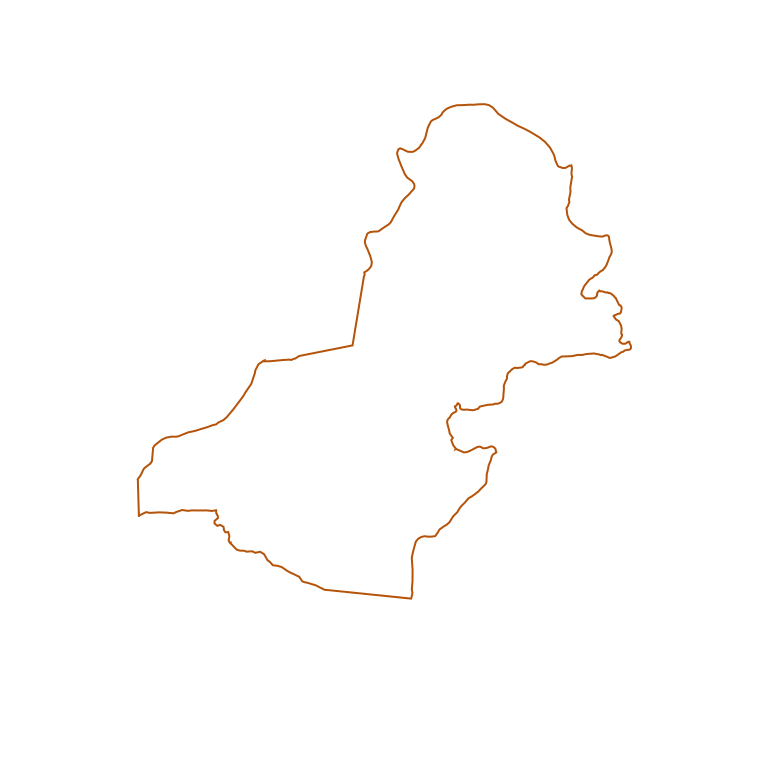 the district of Marigot, Anse-la-Raye, Saint Lucia, rotated 146°
{"feature_id": "8701671B85402755836861", "entity_name": "Marigot", "entity_type": "district", "adm_level": 2, "iso_a3": "LCA", "parent_name": "Saint Lucia", "parent_adm1": "Anse-la-Raye", "projection": "robinson", "projection_center": [-61.025, 13.962], "detail": "fine", "context": "isolated", "style": "outline", "palette": "amber", "viewbox_px": 768, "rotation_deg": 146, "n_neighbors": 0, "source": "geoboundaries", "source_scale": "gbopen_adm2", "svg_char_len": 6154}
<svg xmlns="http://www.w3.org/2000/svg" viewBox="0 0 768 768"><g transform="rotate(146 384 384)"><path d="M469.8,470.4L470.8,470.6L476.9,470.6L483.0,467.3L485.0,465.2L494.0,458.3L503.9,454.4L507.5,452.6L522.3,447.5L533.1,444.4L537.4,443.9L543.0,444.7L545.7,444.4L549.1,445.7L555.2,447.2L560.8,449.0L566.4,450.6L573.4,453.4L584.0,455.7L586.2,456.8L589.8,459.3L594.8,461.4L599.3,462.1L608.3,461.4L611.0,460.3L619.5,449.8L621.8,449.0L621.9,448.7L629.3,448.3L630.8,447.9L636.8,444.4L641.3,442.8L641.6,442.6L641.6,442.3L661.4,411.0L660.4,411.9L652.9,410.8L650.1,408.0L642.3,403.4L636.4,399.1L630.8,394.5L628.0,394.1L621.8,392.4L617.4,388.4L614.0,386.7L606.8,381.7L601.9,378.5L597.5,374.9L593.8,373.2L595.3,370.7L595.6,367.5L596.6,365.7L600.9,365.3L602.5,363.2L601.5,359.6L598.7,358.9L596.9,355.4L598.4,352.2L598.4,349.7L595.9,348.3L597.2,344.4L600.3,341.2L600.6,338.7L600.4,337.8L600.0,337.9L600.2,337.5L598.8,329.1L596.7,326.5L593.1,323.9L591.7,321.8L589.6,320.7L586.7,318.9L585.1,316.0L580.5,314.2L578.6,310.0L579.1,302.9L578.2,300.8L577.5,295.9L573.8,292.7L571.1,289.3L568.8,283.3L567.2,280.2L565.4,277.3L562.1,271.5L562.1,266.0L560.8,264.2L558.7,262.1L553.2,255.3L548.4,246.7L481.5,190.9L477.4,194.6L475.9,198.0L470.7,204.5L464.0,214.3L458.1,224.5L452.7,229.6L445.8,235.5L442.1,236.6L438.6,236.3L435.6,235.2L433.7,233.5L430.7,231.3L427.2,229.5L426.6,229.3L422.9,230.6L419.5,232.3L414.8,232.5L410.6,232.3L407.0,232.8L401.0,235.5L398.5,236.1L395.2,236.6L390.6,238.8L387.4,239.7L383.1,240.5L380.2,241.4L377.7,242.0L373.8,241.7L365.9,242.1L362.2,243.0L355.7,244.2L353.7,245.7L349.3,251.7L344.7,255.9L342.8,258.0L338.1,261.0L335.1,263.8L333.0,264.6L329.1,264.5L328.7,266.0L328.1,267.2L327.9,268.4L328.2,270.0L328.9,271.3L329.9,272.3L331.2,272.7L333.0,273.1L334.5,273.5L337.0,274.7L337.9,275.5L338.7,277.2L339.4,278.2L340.0,278.8L341.7,279.5L345.2,280.0L348.0,280.2L351.6,280.8L353.6,281.3L356.0,282.6L358.5,286.6L359.6,288.0L360.5,290.1L360.9,290.1L360.6,290.3L360.6,290.8L360.9,294.4L359.7,299.6L359.0,300.3L357.5,300.6L357.1,300.8L357.0,301.6L357.1,302.6L357.2,306.2L355.9,309.2L354.3,313.9L353.1,317.0L351.6,318.6L349.8,319.3L348.4,319.4L345.4,320.9L343.2,321.3L340.0,320.9L339.2,321.2L338.8,321.5L338.4,322.3L338.2,323.3L338.1,324.9L337.8,325.8L336.0,325.7L334.5,326.3L333.9,326.8L333.4,326.6L332.9,324.9L332.9,324.3L333.2,323.3L334.3,321.9L334.4,320.6L334.1,319.8L332.3,318.0L329.9,316.7L324.9,312.5L323.4,311.9L319.6,310.8L318.1,311.5L317.3,311.6L316.1,311.3L309.4,308.6L305.2,306.1L303.9,305.7L303.2,305.7L300.8,304.1L299.5,303.7L296.9,303.4L295.6,303.8L294.2,304.7L292.9,305.8L290.4,309.1L287.5,312.6L285.6,315.6L282.4,317.9L278.9,319.8L277.9,321.4L275.7,323.4L273.9,324.0L272.7,323.9L270.9,324.5L268.4,324.6L266.3,324.3L264.7,322.8L260.3,320.6L259.8,320.5L259.2,320.5L258.3,321.0L257.7,321.1L256.4,321.0L255.5,321.8L250.3,321.2L248.9,320.4L246.9,318.3L245.8,316.7L244.7,313.9L243.2,312.8L242.6,312.6L241.0,310.8L239.4,309.7L237.2,308.7L236.2,308.7L232.5,307.6L226.5,307.4L224.0,307.7L221.2,307.4L216.9,304.6L212.2,301.8L206.9,299.7L205.0,298.2L202.6,296.9L199.7,295.8L193.0,292.0L188.8,287.9L188.4,286.9L188.0,286.6L187.2,286.4L186.5,285.7L186.0,285.0L185.5,284.0L184.9,283.4L182.3,279.4L181.5,279.0L176.8,277.5L171.7,277.5L170.1,277.7L167.5,277.0L165.9,277.2L163.6,276.5L162.4,275.7L160.8,275.1L159.4,275.5L158.2,276.9L157.7,278.9L157.8,280.3L157.0,281.4L157.3,282.2L158.3,282.5L161.2,282.4L162.7,283.2L163.9,284.2L164.4,285.6L164.9,286.3L165.0,287.8L164.0,288.9L161.6,289.7L160.3,290.5L159.1,291.6L159.1,293.2L156.0,297.1L154.8,299.8L154.2,304.8L155.6,307.8L155.7,310.0L155.6,312.0L154.8,312.1L154.3,311.9L151.1,311.4L150.4,311.2L148.8,310.4L147.5,311.0L145.4,313.1L144.9,313.6L144.0,315.1L144.1,317.1L144.8,317.7L144.8,318.6L143.8,325.7L144.2,326.8L144.1,327.9L145.3,332.2L146.4,333.5L147.2,334.0L147.3,334.9L148.8,335.7L151.5,339.1L152.8,339.8L153.2,341.0L153.8,341.0L155.5,340.6L157.0,339.6L157.2,339.1L158.2,338.1L159.9,337.6L161.1,337.5L162.0,337.7L165.3,339.6L166.8,340.8L169.1,342.2L169.4,343.2L170.1,346.7L170.2,348.1L168.0,350.4L166.6,351.0L164.3,352.6L162.5,353.5L158.2,354.8L155.9,355.6L154.2,355.7L152.1,355.5L149.9,355.8L148.8,356.4L146.1,355.4L144.6,355.9L142.5,356.2L141.4,356.3L138.8,356.1L135.2,357.2L132.9,358.3L129.4,360.7L125.9,363.3L124.6,363.8L122.6,365.0L121.5,365.9L120.3,367.9L119.0,371.0L118.5,372.9L117.7,374.9L116.4,378.0L115.8,379.0L115.1,380.8L115.2,381.5L115.8,382.4L117.4,383.4L120.2,383.9L123.1,386.1L129.9,392.4L132.5,396.1L133.9,400.7L135.8,404.2L137.1,407.3L138.3,411.8L138.7,416.0L138.3,418.5L137.4,421.9L134.4,427.7L131.9,428.8L128.6,431.1L127.6,433.4L122.1,438.8L119.6,442.8L112.1,450.8L111.1,453.4L107.4,458.0L106.6,460.0L106.9,459.9L107.8,461.3L112.8,461.7L113.8,462.4L115.1,463.2L116.5,465.1L117.2,465.9L117.9,467.3L117.7,469.4L116.9,473.5L115.2,478.0L114.7,480.8L114.2,487.4L115.1,494.6L117.2,501.4L121.7,511.1L124.9,517.1L128.1,522.3L129.3,524.5L130.7,527.5L135.0,536.0L138.2,544.1L139.0,551.1L139.5,553.0L141.1,556.6L143.9,559.5L145.7,560.8L148.9,562.8L153.6,565.4L155.5,566.7L157.0,567.8L161.7,570.5L167.8,574.4L173.2,576.2L177.9,577.1L180.9,576.9L183.6,576.3L186.2,575.0L187.2,574.9L190.1,574.6L196.0,575.6L197.7,575.6L199.2,575.0L204.5,571.9L212.2,565.0L213.6,564.2L217.9,562.0L218.9,561.8L222.7,560.2L227.7,560.0L229.5,560.2L230.6,560.5L234.2,563.1L234.6,563.6L237.3,568.3L237.8,568.8L238.8,570.4L239.8,570.4L240.8,570.5L243.3,568.8L244.0,568.1L244.5,567.1L246.1,562.4L247.9,554.3L249.4,546.1L249.3,542.0L247.2,536.3L247.2,533.1L247.5,532.1L248.1,530.9L249.9,529.2L251.5,528.7L253.7,528.3L255.4,527.7L259.8,526.8L261.3,526.7L263.3,526.3L267.5,525.0L268.9,524.3L273.3,521.6L273.6,521.3L274.8,520.6L281.4,517.7L287.9,514.3L290.8,513.7L298.7,513.8L302.7,513.7L303.8,513.9L307.8,516.4L309.1,516.9L310.4,517.7L313.2,518.0L314.3,517.6L318.2,514.6L319.3,513.9L320.7,512.1L321.8,508.6L322.2,505.5L323.8,498.0L325.9,491.8L328.7,488.9L331.8,487.8L335.2,487.4L337.9,487.6L338.3,487.0L338.7,485.6L339.3,485.1L340.4,484.5L388.5,433.6L438.8,454.7L443.4,454.7L444.6,455.3L446.4,455.7L447.4,455.7L448.5,456.9L454.0,460.2L465.4,466.4L470.5,469.7L469.8,470.4Z" fill="none" stroke="#b45309" stroke-width="2"/></g></svg>